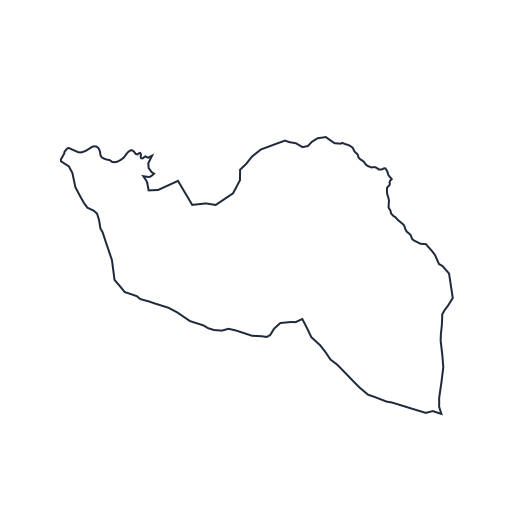 the district of Biru, Samchi, Bhutan, rotated 99°
{"feature_id": "84629894B29308983401378", "entity_name": "Biru", "entity_type": "district", "adm_level": 2, "iso_a3": "BTN", "parent_name": "Bhutan", "parent_adm1": "Samchi", "projection": "mercator", "projection_center": [88.902, 27.058], "detail": "fine", "context": "isolated", "style": "outline", "palette": "slate", "viewbox_px": 512, "rotation_deg": 99, "n_neighbors": 0, "source": "geoboundaries", "source_scale": "gbopen_adm2", "svg_char_len": 3198}
<svg xmlns="http://www.w3.org/2000/svg" viewBox="0 0 512 512"><g transform="rotate(99 256 256)"><path d="M383.0,48.2L376.4,51.5L367.4,52.9L351.3,53.1L336.6,53.6L325.4,56.3L310.7,60.4L304.0,61.2L295.3,61.6L284.4,62.9L280.3,61.4L274.6,58.4L266.7,55.1L260.7,57.0L243.1,62.6L236.7,70.3L235.3,74.0L227.0,79.4L223.7,82.8L217.7,90.1L218.2,95.5L216.0,102.3L215.4,103.4L214.7,104.5L212.8,105.6L211.4,106.3L210.5,107.4L209.1,109.6L208.3,111.0L205.8,112.9L204.0,113.8L202.9,114.3L201.8,115.5L199.7,119.0L198.3,121.4L196.7,123.4L195.6,124.8L195.2,126.2L193.0,129.1L191.1,129.9L189.8,130.6L188.9,131.4L187.2,132.7L185.7,132.8L184.4,133.0L181.8,133.2L180.5,133.3L179.2,133.8L178.1,134.2L175.2,135.7L172.7,136.6L169.9,137.0L168.1,137.2L166.5,136.3L165.3,135.3L163.7,135.1L162.4,135.6L160.7,135.3L158.8,134.0L157.6,135.4L155.6,137.7L153.7,138.7L152.0,139.5L150.0,141.1L149.2,142.0L149.4,143.4L150.6,144.7L151.2,146.9L151.4,148.2L150.6,149.3L150.2,150.6L149.7,151.9L149.7,153.1L150.0,154.4L150.5,155.9L150.2,157.1L149.7,159.3L148.7,161.5L147.9,162.4L146.0,164.3L144.9,166.4L144.2,168.1L143.3,169.4L142.1,170.5L140.6,171.0L139.1,172.3L138.6,173.4L137.3,175.1L135.1,176.6L134.0,177.5L132.9,179.4L132.5,180.5L131.9,182.3L131.6,185.0L130.8,188.5L131.8,189.9L132.3,196.1L127.6,205.7L130.1,213.6L134.5,218.7L139.3,222.0L141.2,227.1L138.4,234.2L138.3,241.1L137.5,245.4L140.6,251.1L150.0,267.8L158.4,275.5L166.9,280.3L173.2,285.2L183.7,283.7L197.7,288.5L211.9,303.8L211.9,309.3L211.9,310.5L211.9,313.7L215.5,327.0L194.0,344.8L206.1,363.0L208.0,372.3L200.2,375.1L198.3,376.5L194.8,379.8L194.8,375.5L194.6,373.8L194.1,372.7L192.2,370.8L190.7,369.6L189.5,372.2L185.9,375.8L181.3,376.9L173.2,374.4L175.8,377.9L175.5,379.3L174.8,380.7L175.8,381.8L177.3,383.2L177.4,384.8L176.1,385.5L174.7,385.5L173.5,385.5L172.3,386.6L173.0,387.9L174.2,389.0L174.1,390.6L173.3,391.5L171.8,393.1L171.2,394.4L171.0,395.9L171.9,397.2L173.6,398.8L175.5,399.9L179.5,402.0L182.0,404.4L183.2,405.8L184.3,407.4L185.2,409.1L185.6,411.6L185.5,413.1L184.8,414.2L184.2,415.6L184.2,416.9L183.9,420.2L183.1,422.9L182.4,424.1L180.7,425.4L179.0,425.9L177.6,426.4L176.0,427.1L174.8,427.9L173.8,428.9L172.9,430.7L172.9,431.9L173.0,433.1L173.7,434.8L175.2,436.5L178.3,440.0L180.0,442.7L181.1,445.1L181.3,446.9L181.2,448.3L180.6,450.3L179.7,454.0L178.7,457.3L178.8,458.6L180.0,459.7L181.1,460.3L182.9,461.4L184.7,461.4L186.2,462.0L189.1,463.0L191.0,463.8L193.0,463.4L196.7,454.9L202.8,450.3L216.2,445.2L223.9,439.5L230.7,434.1L234.7,430.0L236.6,423.4L239.0,419.6L244.9,416.7L253.3,413.9L256.4,411.3L263.4,407.7L264.4,407.2L274.7,401.8L282.7,397.6L301.7,392.0L308.5,384.1L312.2,380.0L312.8,375.9L314.3,367.5L316.6,363.6L317.0,360.6L317.6,354.9L318.8,348.0L320.8,334.4L323.9,325.3L330.6,311.1L331.5,305.5L331.8,303.3L332.7,297.3L334.8,292.0L335.7,285.7L335.0,277.9L332.2,271.8L332.7,264.3L335.4,247.4L334.4,238.3L334.3,232.7L331.8,229.6L325.0,226.8L318.4,221.5L315.8,211.5L315.1,206.5L311.0,200.4L320.0,193.8L327.5,188.7L334.2,178.6L340.4,172.0L346.6,166.3L350.6,158.8L357.7,149.3L364.1,140.8L369.7,133.2L375.5,123.6L376.7,116.7L379.4,104.2L379.4,99.2L382.3,78.8L382.6,76.9L384.4,63.7L381.5,57.2L383.0,48.2Z" fill="none" stroke="#1e293b" stroke-width="2"/></g></svg>